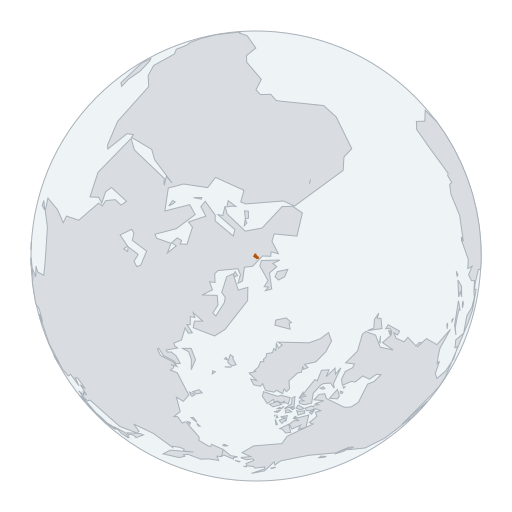 Hainaut on an orthographic globe, rotated 188°
{"feature_id": "BEL-2", "entity_name": "Hainaut", "entity_type": "Province", "adm_level": 1, "iso_a3": "BEL", "parent_name": "Belgium", "parent_adm1": "", "projection": "orthographic", "projection_center": [3.881, 50.373], "detail": "fine", "context": "on_globe", "style": "filled", "palette": "amber", "viewbox_px": 512, "rotation_deg": 188, "n_neighbors": 0, "source": "natural_earth", "source_scale": "10m", "svg_char_len": 11451}
<svg xmlns="http://www.w3.org/2000/svg" viewBox="0 0 512 512"><g transform="rotate(188 256 256)"><circle cx="256" cy="256" r="225" fill="#eef3f6" stroke="#a8b0b8"/><path d="M32.5,284.1L32.3,281.8L31.7,274.3L34.0,273.4L35.2,258.9L34.9,253.3L33.4,253.6L34.1,232.6L36.8,218.9L51.9,161.7L56.2,152.9L60.7,145.9L88.0,109.6L65.8,136.3L72.2,126.6L81.5,114.8L81.4,115.7L94.4,102.4L103.2,93.5L121.2,81.1L138.6,76.8L132.7,80.5L137.5,79.5L145.2,74.9L149.1,72.3L176.3,65.9L202.9,56.6L208.3,51.6L209.4,54.7L217.7,44.4L230.2,40.1L217.9,46.4L218.0,48.3L227.4,45.8L229.5,47.2L235.3,47.0L237.0,49.1L229.6,53.2L230.6,54.7L237.2,52.9L243.1,54.3L233.3,56.6L242.5,59.3L231.9,67.6L204.3,73.8L200.1,81.8L176.1,97.6L180.0,98.5L173.4,105.7L175.4,109.6L170.4,111.8L176.3,113.1L180.5,110.3L184.5,110.0L186.1,112.2L180.0,115.3L178.3,114.6L177.3,116.7L173.6,117.4L176.3,118.3L168.7,122.1L178.5,121.7L174.3,127.6L168.7,129.2L166.4,124.6L147.5,118.5L141.1,119.6L134.3,125.2L127.6,144.7L121.6,148.1L115.7,155.8L120.2,155.7L126.5,149.8L133.5,152.1L140.3,145.0L144.2,145.1L152.4,140.0L154.2,145.7L151.5,154.1L144.8,158.8L143.4,162.8L152.3,162.7L142.2,176.0L139.8,193.3L136.8,196.5L126.6,194.3L120.3,183.0L107.1,182.0L118.7,187.9L111.2,196.5L111.2,200.3L113.4,203.1L117.5,202.0L115.5,206.3L103.3,201.6L104.9,197.6L108.7,199.0L105.7,194.0L97.4,191.6L94.3,196.6L85.1,189.2L82.7,192.8L79.4,193.5L83.8,188.1L75.7,197.9L64.5,193.4L53.2,210.5L60.9,190.6L61.7,182.6L61.6,174.7L59.6,177.3L62.1,164.5L59.8,159.9L52.2,168.5L45.9,181.7L43.7,194.4L46.2,192.8L46.5,200.6L39.6,208.5L38.9,226.1L35.1,235.2L34.0,245.2L35.3,251.5L36.2,262.1L39.1,261.5L42.9,267.1L40.5,276.0L44.5,273.0L45.3,282.2L54.2,299.3L52.9,300.0L60.0,324.6L71.5,344.2L74.2,353.9L72.4,356.0L77.3,362.2L77.4,364.8L100.1,388.2L114.5,403.7L115.9,411.6L107.6,413.0L108.7,423.8L96.0,414.4L97.3,415.9L86.0,403.8L75.5,390.8L66.1,377.2L57.7,362.8L50.3,347.9L44.1,332.5L39.0,316.7L35.2,300.5L32.5,284.1ZM49.7,214.9L49.3,239.9L46.4,230.9L47.5,231.4L48.3,223.9L48.7,212.8L47.0,205.6L49.7,214.9ZM56.6,214.1L56.5,210.5L57.1,213.4L56.6,214.1ZM150.5,70.9L145.2,74.7L137.4,78.6L141.6,75.1L150.5,70.9ZM165.6,65.0L163.7,66.9L158.4,67.2L161.1,66.0L165.6,65.0ZM211.7,48.0L206.9,49.7L210.8,47.6L211.7,48.0ZM235.8,46.6L236.4,45.8L239.1,46.1L235.8,46.6ZM150.8,137.3L151.5,138.6L149.6,138.8L150.8,137.3ZM153.7,133.9L150.9,133.3L151.9,131.6L153.6,132.0L153.7,133.9ZM244.3,49.7L248.4,50.7L242.9,50.3L244.3,49.7ZM156.8,135.2L153.9,128.7L155.6,125.9L163.4,125.3L156.8,135.2ZM250.0,51.7L260.1,54.4L262.4,52.6L261.5,59.8L253.2,54.8L246.1,54.5L250.1,53.3L250.0,51.7ZM181.2,108.5L176.8,111.5L179.0,107.1L181.2,108.5ZM181.6,105.8L182.7,93.3L190.0,90.2L188.1,94.8L196.4,89.6L199.5,94.2L195.6,98.1L190.3,99.1L195.5,100.2L181.6,105.8ZM259.3,63.5L260.7,64.9L257.8,64.2L259.3,63.5ZM186.3,109.6L185.9,107.2L192.2,104.3L194.2,108.6L191.5,108.1L186.3,109.6ZM197.1,86.1L202.1,84.9L206.0,88.2L208.5,88.3L200.2,94.0L197.1,86.1ZM190.9,109.9L195.1,110.9L193.5,114.3L187.2,111.7L190.9,109.9ZM193.0,101.8L196.1,100.7L195.0,102.7L193.0,101.8ZM190.5,127.5L189.8,124.4L193.0,122.6L190.5,127.5ZM196.7,111.0L197.2,109.9L198.4,108.9L200.8,110.3L196.7,111.0ZM203.5,96.1L204.0,97.9L207.1,93.9L210.1,96.5L204.0,99.9L207.9,99.5L208.8,100.3L202.8,102.3L203.5,96.1ZM206.8,108.8L200.1,114.5L200.6,120.5L197.8,122.2L197.4,112.3L206.8,108.8ZM205.0,104.8L205.5,107.6L201.7,108.2L199.0,106.6L205.0,104.8ZM214.3,97.0L211.3,92.2L212.7,91.6L214.3,97.0ZM207.7,110.4L209.3,109.0L208.2,110.7L207.7,110.4ZM213.1,100.9L211.8,99.2L213.5,98.6L213.1,100.9ZM213.6,107.8L211.4,109.5L209.5,108.4L213.6,107.8ZM214.0,104.5L216.5,104.1L210.1,107.0L213.1,103.9L214.0,104.5ZM214.9,100.6L215.5,99.7L215.2,101.5L214.9,100.6ZM222.0,111.1L214.3,115.0L210.1,112.5L218.1,109.0L222.0,111.1ZM474.1,199.7L473.7,198.1L473.9,204.4L477.4,217.0L477.6,215.5L478.8,222.7L478.5,221.2L478.5,223.2L476.0,213.0L471.2,204.7L472.5,215.4L470.0,209.8L463.5,207.3L464.1,222.8L466.6,255.8L471.0,271.5L470.1,284.4L459.1,274.4L451.5,262.2L449.2,269.2L436.5,266.7L419.2,286.5L415.3,284.2L412.3,290.0L403.2,292.2L396.7,287.6L391.8,292.2L408.7,303.7L413.8,298.8L416.1,286.8L420.0,292.3L428.6,291.4L424.1,316.9L396.1,355.0L391.1,344.1L357.6,320.0L357.3,315.1L357.1,314.6L356.6,313.9L355.9,322.4L349.4,316.7L369.7,337.1L374.1,347.1L395.8,356.1L394.3,359.1L400.6,359.3L417.7,341.3L418.4,345.4L411.7,370.2L385.8,408.8L387.9,419.7L383.9,430.4L364.9,444.7L363.7,449.6L353.4,455.5L350.9,458.3L341.1,463.6L325.7,469.8L302.7,475.7L303.5,474.5L295.4,472.9L285.1,461.9L293.3,453.2L292.2,446.7L275.3,431.6L279.2,420.6L274.1,416.4L263.9,418.2L257.7,412.8L251.4,412.8L209.9,414.4L195.9,404.8L176.1,375.6L182.7,366.3L181.6,352.9L224.8,310.8L236.6,314.3L273.6,306.1L278.6,307.4L277.1,319.4L307.0,328.2L313.4,317.0L337.8,317.2L352.3,311.1L352.5,287.9L328.8,297.6L322.0,288.6L338.8,271.9L359.1,263.5L357.0,259.8L341.9,256.7L344.2,246.6L336.4,254.9L341.3,257.5L336.5,263.0L331.8,261.0L332.8,257.3L326.0,258.0L322.9,275.7L327.6,280.3L311.2,288.5L317.5,297.2L313.9,303.1L302.0,290.8L301.4,285.1L281.3,272.6L280.5,279.2L299.4,291.6L294.5,291.5L293.6,301.2L290.5,293.7L270.1,279.1L253.8,284.6L237.0,308.6L226.7,310.3L216.1,305.2L218.2,281.4L241.1,280.4L242.2,272.6L234.1,261.4L241.7,262.3L241.3,257.8L249.6,256.9L257.9,245.3L265.9,243.3L265.9,229.3L270.0,226.5L268.8,235.5L272.3,240.9L291.6,236.3L294.4,232.6L292.9,224.0L298.4,224.1L294.4,216.4L304.0,209.9L289.0,211.6L286.8,202.3L290.8,193.6L287.4,191.0L280.9,205.4L280.7,210.9L284.9,215.1L282.1,231.4L276.2,235.2L268.9,219.8L259.7,223.8L258.1,210.7L276.5,178.9L285.9,171.0L308.2,176.3L307.9,182.9L299.7,184.1L310.3,191.1L308.0,186.6L312.6,186.9L311.6,178.7L314.8,178.5L308.4,171.1L312.3,170.1L316.2,174.8L318.1,162.4L325.2,158.4L324.0,155.7L320.8,154.0L331.9,150.4L330.6,148.6L326.5,149.1L321.1,145.9L316.1,139.1L320.2,138.2L322.6,140.6L333.8,144.5L339.5,151.2L340.7,150.2L336.7,144.2L323.0,139.4L318.8,135.6L325.4,136.9L322.7,136.1L321.9,134.0L324.9,131.2L317.7,129.4L303.2,108.9L307.7,102.0L315.2,105.1L309.4,91.4L314.9,85.6L311.1,85.9L305.7,80.1L303.9,81.8L301.7,81.5L287.1,68.7L286.8,65.3L276.2,61.0L274.2,61.3L273.8,63.4L261.5,59.8L262.4,52.6L266.9,52.3L264.5,48.4L274.9,48.5L282.5,47.1L295.3,50.1L300.2,49.1L298.6,47.7L304.1,45.7L320.5,47.1L313.9,51.8L290.5,53.1L300.6,52.8L300.3,54.8L305.2,56.0L312.2,55.9L311.7,54.7L333.1,66.1L353.8,72.6L347.5,66.4L349.2,64.1L367.3,68.3L400.2,90.2L402.7,89.1L406.6,91.6L412.6,97.7L407.1,94.2L408.2,97.4L404.2,94.7L412.0,104.1L406.6,100.8L415.3,110.1L418.1,110.4L413.2,102.9L423.1,113.0L425.2,111.1L431.6,116.7L448.6,140.4L456.7,156.6L458.5,159.7L458.5,162.1L463.4,173.5L467.2,177.7L468.2,180.3L474.1,199.7ZM213.1,335.0L212.7,339.3L213.1,335.0ZM382.9,265.1L393.5,257.9L384.6,248.0L388.0,244.6L383.7,242.6L383.9,247.3L372.9,241.2L376.0,233.8L372.6,228.8L368.8,231.0L365.0,245.7L380.7,254.3L380.1,261.6L382.9,265.1ZM54.5,299.7L55.3,303.5L53.6,300.8L54.5,299.7ZM44.3,233.1L45.0,237.0L44.8,240.3L44.0,237.9L44.3,233.1ZM54.0,264.0L55.6,268.8L53.3,265.3L54.0,264.0ZM49.6,243.6L52.7,260.4L48.3,254.6L46.6,244.1L48.7,249.2L49.6,243.6ZM53.0,217.4L53.0,220.4L51.9,221.3L53.0,217.4ZM57.1,216.3L56.8,215.5L57.5,213.1L57.1,216.3ZM111.9,196.7L112.8,197.3L114.3,200.7L112.1,200.3L111.9,196.7ZM129.9,209.8L126.4,216.5L127.4,211.2L123.6,211.7L121.1,201.7L135.2,197.6L129.3,201.1L129.9,209.8ZM121.6,187.7L121.6,194.2L121.0,187.3L121.6,187.7ZM230.4,235.3L234.3,238.2L232.7,243.5L222.6,247.2L224.8,239.4L230.4,235.3ZM240.3,241.1L235.8,225.5L241.9,223.0L239.3,226.9L243.7,226.8L240.6,233.3L250.8,246.6L250.0,252.3L231.8,255.3L238.2,251.0L233.9,248.3L240.3,241.1ZM213.9,194.0L212.0,188.3L227.6,190.1L227.5,195.3L217.5,198.9L211.6,195.0L213.9,194.0ZM171.1,135.9L169.4,134.4L171.1,133.4L174.0,133.9L171.1,135.9ZM189.9,126.2L180.4,141.9L177.9,140.9L175.3,151.9L167.8,153.5L169.8,146.2L162.1,156.0L160.9,150.0L156.4,157.1L161.5,140.6L160.1,136.0L164.5,140.5L171.4,139.1L174.0,137.1L180.2,128.2L180.5,118.0L187.4,115.4L192.2,116.2L193.2,118.3L188.4,119.3L193.1,121.3L186.9,124.3L189.9,126.2ZM244.1,133.4L238.1,132.8L246.5,139.2L240.4,141.5L241.8,142.1L238.4,146.1L236.7,152.1L233.5,152.4L234.2,154.7L232.0,157.5L231.9,160.8L226.2,162.6L225.6,166.8L223.2,165.3L223.7,172.2L220.8,167.9L217.6,171.5L222.2,173.8L191.4,177.4L180.8,183.0L173.5,190.2L169.4,182.4L173.5,170.9L182.1,159.4L192.9,155.4L189.0,152.8L193.1,150.3L194.4,153.4L194.8,147.2L198.5,146.0L206.0,136.9L204.3,129.2L207.0,125.9L209.5,128.4L210.5,123.4L217.1,125.9L219.2,123.7L227.9,124.2L231.6,130.5L233.6,127.6L240.3,128.1L244.1,133.4ZM224.4,111.4L230.2,118.0L229.7,122.7L214.8,120.0L212.0,121.6L202.4,120.5L203.4,113.9L206.0,114.8L208.8,114.2L207.4,116.4L210.6,114.1L214.4,115.4L217.9,114.0L218.8,116.4L224.4,111.4ZM282.8,302.2L286.4,302.1L291.7,300.6L291.2,306.9L282.8,302.2ZM268.7,292.5L271.7,291.3L273.6,299.1L269.8,299.3L268.7,292.5ZM271.8,284.3L271.8,290.6L269.6,287.4L271.8,284.3ZM271.5,234.0L274.5,232.4L275.5,234.3L274.5,237.6L271.5,234.0ZM267.8,154.7L264.4,153.1L265.0,151.8L260.6,145.6L264.8,143.7L269.1,146.7L267.8,154.7ZM349.4,293.4L346.2,299.3L343.6,298.3L345.2,296.4L349.4,293.4ZM318.0,304.7L326.0,305.1L317.8,306.4L318.0,304.7ZM271.6,151.5L269.4,149.1L272.9,149.7L271.6,151.5ZM267.7,142.0L271.5,141.9L264.8,142.7L267.7,142.0ZM413.9,408.8L395.9,431.3L387.7,436.9L388.4,434.3L396.7,422.7L407.0,413.3L412.6,405.3L413.9,408.8ZM480.6,238.7L480.2,238.0L479.9,232.0L479.8,230.6L480.6,238.7ZM471.6,272.1L474.7,276.3L473.8,281.4L471.6,272.1ZM460.7,163.4L462.6,168.4L461.5,166.7L458.4,159.3L460.7,163.4ZM436.5,121.9L440.6,127.0L442.4,129.5L441.3,128.3L436.5,121.9ZM304.3,134.4L305.7,144.9L309.4,151.8L315.9,154.3L307.3,155.5L301.5,144.8L304.3,134.4ZM302.9,112.0L297.2,110.2L299.2,108.3L300.8,108.5L302.9,112.0ZM299.8,112.8L293.8,115.7L290.2,113.0L295.7,111.2L299.8,112.8ZM282.9,133.1L283.0,136.3L280.1,135.7L282.9,133.1ZM403.0,86.2L401.0,85.0L397.2,81.6L399.7,83.4L403.0,86.2ZM383.1,70.6L395.5,80.3L405.2,89.0L404.4,87.8L410.6,92.9L409.2,92.8L399.2,84.2L392.7,78.4L387.4,75.1L380.0,69.8L374.9,67.7L370.2,65.0L372.8,65.3L383.1,70.6ZM372.9,67.2L361.4,63.0L356.4,58.5L357.8,58.4L365.2,62.1L367.4,64.2L372.9,67.2ZM357.1,60.8L359.1,63.0L346.4,64.0L342.5,63.2L349.5,59.4L351.8,61.3L355.8,62.0L357.1,60.8ZM262.6,64.1L260.8,64.8L261.0,63.4L262.6,64.1ZM300.8,82.6L297.8,82.0L298.1,80.2L300.8,82.6ZM289.5,79.6L291.3,82.0L287.7,79.8L289.5,79.6ZM295.6,87.5L291.2,83.1L297.9,86.9L295.6,87.5Z" fill="#d9dde1" stroke="#a8b0b8" stroke-width="1"/><path d="M254.7,255.5L254.5,255.4L254.5,255.2L254.4,255.0L254.4,254.9L254.4,254.7L254.2,254.6L254.4,254.4L254.5,254.5L254.8,254.5L254.9,254.4L255.0,254.5L255.1,254.4L255.2,254.6L255.3,254.6L255.5,254.4L255.7,254.5L255.8,254.5L256.0,254.5L256.1,254.8L256.3,254.8L256.3,254.7L256.5,254.7L256.5,254.9L256.5,255.0L256.7,254.9L256.8,254.9L256.8,255.0L257.0,255.1L257.1,255.3L257.2,255.2L257.3,255.2L257.4,255.3L257.5,255.3L257.7,255.5L257.8,255.5L257.7,255.7L257.8,255.7L257.7,255.7L257.8,255.8L257.8,256.0L257.6,256.2L257.4,256.3L257.3,256.2L257.3,256.3L257.2,256.3L257.1,256.5L257.3,256.5L257.2,256.8L257.3,257.0L257.3,257.3L257.3,257.5L257.0,257.6L256.8,257.6L256.6,257.6L256.6,257.4L256.8,257.3L256.8,257.2L256.7,257.0L256.6,256.9L256.7,256.7L256.8,256.5L256.8,256.4L256.7,256.4L256.7,256.5L256.5,256.3L256.4,256.2L256.1,256.2L255.9,256.1L255.7,256.1L255.6,256.3L255.4,256.2L255.4,255.9L255.4,255.7L255.2,255.6L255.0,255.4L254.9,255.4L254.9,255.5L254.7,255.5ZM253.5,254.7L253.4,254.5L253.5,254.5L253.6,254.4L253.8,254.3L253.7,254.5L253.5,254.7Z" fill="#f59e0b" stroke="#b45309" stroke-width="1.5"/></g></svg>